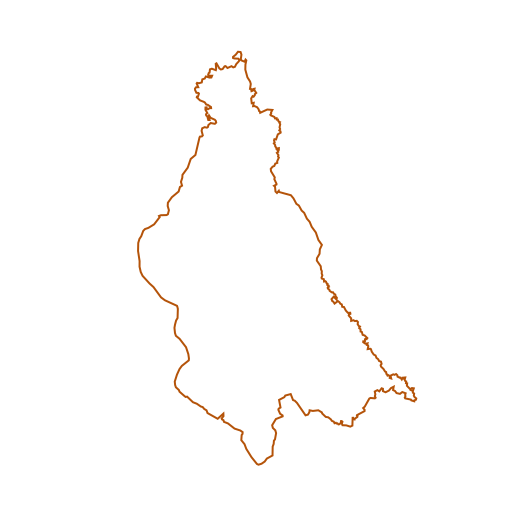 Mbinga, Ruvuma, United Republic of Tanzania (orthographic projection), rotated 344°
{"feature_id": "72390352B96762734199587", "entity_name": "Mbinga", "entity_type": "district", "adm_level": 2, "iso_a3": "TZA", "parent_name": "United Republic of Tanzania", "parent_adm1": "Ruvuma", "projection": "orthographic", "projection_center": [35.084, -10.703], "detail": "fine", "context": "isolated", "style": "outline", "palette": "amber", "viewbox_px": 512, "rotation_deg": 344, "n_neighbors": 0, "source": "geoboundaries", "source_scale": "gbopen_adm2", "svg_char_len": 6091}
<svg xmlns="http://www.w3.org/2000/svg" viewBox="0 0 512 512"><g transform="rotate(344 256 256)"><path d="M186.0,180.5L184.9,183.6L184.9,188.0L182.8,191.6L181.3,192.0L175.8,190.6L173.8,190.8L174.1,192.1L166.8,197.5L160.3,199.3L156.7,199.5L154.5,200.8L151.1,205.4L148.7,207.4L146.4,211.0L144.0,218.7L142.7,228.8L141.1,234.2L140.8,239.6L141.5,243.8L146.1,253.1L148.9,257.6L153.3,269.6L156.3,273.5L166.3,282.1L166.4,283.3L166.3,285.3L163.5,294.0L161.4,296.0L159.2,299.7L157.8,302.6L156.9,307.7L157.0,310.6L159.7,314.5L163.6,324.4L163.9,331.7L163.3,336.0L162.6,337.8L154.4,341.2L151.3,343.6L147.3,348.3L143.3,354.3L142.7,357.7L142.8,360.1L144.9,363.5L145.1,365.4L148.7,371.0L149.5,372.1L151.0,372.2L155.1,379.2L158.4,381.7L161.5,385.5L163.1,386.5L164.1,388.8L165.9,390.7L166.1,393.6L174.3,401.9L181.2,398.5L180.6,401.0L178.2,402.7L178.3,403.7L179.5,404.9L179.5,406.6L182.9,409.2L187.8,416.0L192.8,419.4L194.6,421.6L194.0,423.3L192.9,424.1L191.1,429.0L193.1,433.7L193.5,438.7L196.2,448.1L199.6,456.2L200.9,457.3L204.1,457.2L207.7,456.0L210.6,453.7L216.9,452.3L219.5,443.8L221.2,441.5L222.3,438.5L223.7,437.5L226.5,431.8L226.5,428.9L224.8,425.9L224.9,423.1L230.2,418.2L237.4,417.5L237.6,416.6L235.7,414.3L235.1,410.0L235.7,409.0L237.8,408.4L238.5,400.7L244.3,399.5L245.7,398.2L251.3,398.3L251.9,404.7L253.4,405.8L254.9,408.5L259.7,422.8L262.2,422.8L264.2,420.9L265.0,419.1L267.9,420.6L273.4,421.5L276.2,424.5L276.2,425.6L278.7,429.9L281.0,431.0L283.0,433.8L283.4,435.3L285.1,436.7L285.4,438.4L286.8,438.3L287.2,439.2L288.2,439.3L288.8,440.6L289.7,440.7L291.2,440.1L292.3,438.1L292.9,438.3L293.4,439.2L292.3,440.7L292.5,442.5L296.1,443.7L299.6,446.0L301.9,445.6L304.3,438.2L304.8,438.3L304.9,439.8L305.7,440.3L306.1,439.6L309.0,438.7L309.5,437.7L309.0,437.2L309.2,436.8L317.6,435.0L318.0,433.8L317.1,431.7L319.0,430.8L325.6,424.3L326.9,424.0L331.0,425.6L331.9,425.2L331.6,423.5L332.6,421.9L332.8,419.0L335.7,418.4L337.2,420.1L340.3,417.8L341.4,418.6L340.8,420.9L343.0,422.7L346.7,422.0L349.3,420.2L352.3,419.6L350.8,422.6L352.5,424.2L353.3,426.5L356.4,428.2L359.1,427.1L362.0,429.2L361.1,430.6L361.0,432.0L360.0,433.1L360.2,434.0L365.3,436.7L365.5,437.6L368.1,439.3L368.5,438.4L370.2,438.2L370.8,437.1L369.5,435.2L369.2,433.8L370.1,431.8L369.1,430.6L369.6,429.0L368.8,428.3L370.1,428.3L371.2,426.7L369.5,425.9L367.5,426.5L365.3,422.3L366.2,420.1L365.1,419.6L365.8,418.0L365.0,417.3L364.8,415.9L366.0,413.9L363.9,413.5L364.1,414.6L363.1,413.9L362.1,414.9L361.3,412.5L361.6,412.0L360.6,412.6L358.8,411.0L359.0,409.6L358.1,408.1L356.4,408.4L355.3,407.6L352.3,408.1L352.2,411.0L350.9,410.1L351.6,408.7L350.6,407.2L348.6,407.3L350.0,406.8L348.8,405.2L349.1,403.4L348.2,402.6L347.4,399.7L345.7,396.8L345.7,395.3L347.0,394.3L347.0,392.0L345.4,390.9L345.0,388.9L343.7,387.1L343.5,384.6L342.0,383.2L340.9,379.9L340.8,377.2L340.2,376.6L337.7,376.3L339.1,373.6L339.0,372.7L338.1,372.1L339.1,370.7L337.0,370.5L335.3,368.4L335.6,367.6L337.2,368.0L337.8,366.0L338.7,365.8L339.4,366.4L340.4,365.6L338.5,362.3L336.8,361.2L336.8,358.2L335.7,357.4L336.3,355.3L335.3,353.7L336.5,352.5L335.6,351.8L334.9,349.6L335.8,347.6L335.0,346.1L333.1,345.8L332.0,344.6L329.6,344.6L330.3,342.1L328.7,338.8L329.2,337.9L330.8,337.6L330.9,336.5L328.7,336.0L327.3,333.2L326.5,329.3L324.9,328.6L325.1,326.2L323.9,325.1L323.5,323.5L322.3,321.9L318.4,323.4L317.7,321.1L316.9,320.4L316.7,318.3L319.5,316.5L321.4,320.1L322.2,318.4L321.4,316.7L321.6,314.9L320.5,313.8L320.0,312.1L318.8,311.8L317.2,309.8L317.2,308.6L316.1,307.1L316.2,306.2L317.5,305.7L317.1,305.0L317.6,304.4L316.5,303.3L317.1,302.5L316.3,301.5L316.2,300.0L315.7,299.3L314.4,299.3L314.8,297.0L313.0,295.8L313.0,294.9L314.5,292.8L314.3,291.0L315.1,288.7L314.8,286.8L315.4,283.7L313.2,277.2L314.0,274.9L317.7,271.4L319.2,267.2L322.4,263.5L320.4,257.8L320.0,249.9L317.6,243.3L317.0,238.0L315.2,234.1L314.2,227.8L312.4,224.9L311.1,219.3L309.2,217.0L307.9,210.9L306.3,207.2L295.9,200.9L295.9,199.6L293.5,201.2L292.5,199.4L293.4,194.6L292.7,193.5L295.4,192.9L295.6,192.2L294.8,187.2L295.7,185.6L293.8,178.7L294.2,176.3L296.6,174.7L298.4,174.5L300.0,172.5L302.1,172.4L302.4,170.9L305.1,167.7L304.6,166.5L305.4,165.2L304.5,162.6L306.1,162.0L305.8,160.3L307.2,160.3L307.7,158.6L305.2,158.5L305.3,157.3L304.7,156.0L305.0,154.6L304.2,152.6L305.2,152.1L305.2,149.8L305.9,148.8L307.4,149.5L310.5,145.1L313.7,144.2L313.9,142.9L313.0,141.7L314.2,140.6L314.1,138.8L315.6,136.0L315.2,134.4L315.9,133.9L314.7,132.7L314.7,130.9L313.6,130.6L313.8,129.2L312.2,129.0L312.0,127.4L308.9,124.8L308.7,124.2L309.9,123.2L310.0,122.2L312.0,120.1L307.2,118.3L299.5,119.5L299.6,118.1L298.9,117.4L299.0,115.8L298.1,113.3L295.8,111.4L294.5,111.2L296.0,108.1L294.0,108.0L294.8,103.2L296.8,101.4L297.6,102.2L299.2,101.0L299.5,100.1L301.2,99.3L300.1,95.9L300.7,94.8L299.3,94.7L298.4,96.2L297.1,96.3L297.3,94.2L296.3,93.7L298.4,89.2L298.4,86.6L297.0,81.9L297.1,73.9L298.6,69.1L300.6,65.3L300.1,64.3L298.6,66.1L295.7,63.8L295.7,62.5L297.5,58.4L297.4,55.7L295.0,54.7L292.0,56.9L288.8,58.3L288.5,59.3L289.5,60.1L293.5,61.5L294.0,62.9L293.2,64.1L289.9,66.1L287.9,68.3L286.1,68.4L284.8,66.8L280.4,67.4L279.1,65.1L278.1,65.0L275.4,67.1L273.6,67.0L272.5,65.6L271.1,59.9L270.3,60.1L269.3,65.0L268.6,66.3L265.2,63.8L263.2,63.9L261.9,66.9L261.0,67.1L259.9,68.7L260.6,69.8L263.5,70.6L262.3,72.1L260.5,71.7L257.3,69.6L255.6,71.3L253.1,71.4L251.7,74.2L248.8,74.2L247.1,73.3L246.5,73.8L247.0,77.8L244.8,77.3L243.5,78.3L243.2,79.6L243.7,82.7L245.6,83.4L245.9,84.2L244.2,86.7L243.2,86.5L242.8,87.1L245.1,91.0L248.3,93.4L249.2,94.4L249.9,96.7L251.3,97.4L253.8,100.4L253.6,101.5L252.2,101.1L250.3,101.7L249.2,101.1L249.5,99.5L248.4,99.3L247.7,101.5L248.6,105.1L247.0,106.0L246.9,107.2L247.7,108.4L247.6,112.1L248.9,112.5L249.1,108.5L249.6,107.9L250.4,110.6L254.0,113.7L254.6,115.1L254.5,116.8L252.9,117.6L249.1,115.7L246.3,117.0L245.4,118.7L244.2,119.1L242.2,118.0L239.5,118.4L238.2,120.7L238.1,125.4L237.0,126.1L235.0,125.8L234.3,126.6L225.6,142.2L220.0,144.7L214.7,152.3L207.7,157.7L206.7,160.5L204.3,164.1L204.3,168.0L201.9,168.7L199.4,172.7L191.3,176.3L186.0,180.5Z" fill="none" stroke="#b45309" stroke-width="2"/></g></svg>